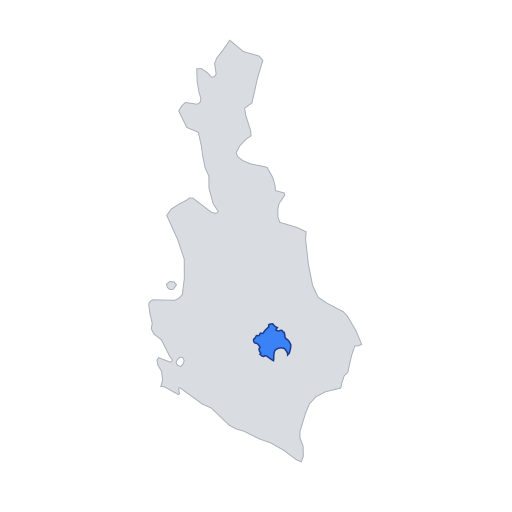 Aparan, Aragatsotn, Armenia (highlighted), rotated 217°
{"feature_id": "60910142B24398064358577", "entity_name": "Aparan", "entity_type": "district", "adm_level": 2, "iso_a3": "ARM", "parent_name": "Armenia", "parent_adm1": "Aragatsotn", "projection": "equal_earth", "projection_center": [44.404, 40.525], "detail": "fine", "context": "in_parent", "style": "filled", "palette": "blue", "viewbox_px": 512, "rotation_deg": 217, "n_neighbors": 0, "source": "geoboundaries", "source_scale": "gbopen_adm2", "svg_char_len": 2966}
<svg xmlns="http://www.w3.org/2000/svg" viewBox="0 0 512 512"><g transform="rotate(217 256 256)"><path d="M230.4,305.5L226.9,299.7L209.2,280.9L192.9,266.4L181.7,260.5L170.4,261.1L152.8,264.0L146.4,262.8L131.2,256.5L118.4,249.0L120.2,245.9L122.9,243.6L119.7,233.9L112.7,218.3L113.5,213.4L111.2,206.7L108.8,201.6L118.8,189.4L123.4,179.6L124.4,170.1L121.8,160.2L115.3,142.3L111.3,137.1L103.8,132.3L97.6,124.4L96.0,118.8L101.3,117.6L116.8,117.5L131.7,115.6L143.4,111.9L160.4,108.8L167.4,106.0L175.5,104.7L200.3,107.7L209.6,105.4L237.4,105.0L238.2,103.8L234.4,100.1L234.4,98.6L251.0,96.3L253.5,94.5L255.7,100.4L262.0,107.1L268.8,109.8L272.5,113.4L272.7,116.2L260.6,119.6L259.8,121.3L260.6,122.9L264.2,123.8L281.1,132.1L290.8,132.3L295.8,134.8L298.4,139.8L306.5,146.6L312.9,153.2L313.3,155.5L312.2,158.8L294.2,171.7L292.0,176.2L291.7,180.9L299.7,194.9L311.4,210.3L328.4,222.0L351.7,234.7L352.0,242.5L348.4,251.9L345.3,258.2L343.9,262.5L341.1,264.3L317.9,264.0L314.4,265.5L312.9,267.3L312.8,268.9L321.2,271.7L334.2,281.7L341.8,291.5L349.6,295.7L358.4,303.5L365.5,310.7L376.5,320.1L388.6,317.0L405.0,325.3L405.7,331.0L404.8,336.1L394.6,341.6L393.3,343.9L393.3,345.8L394.7,348.5L400.8,353.1L407.9,359.8L416.0,369.8L412.5,372.8L405.0,373.2L399.2,372.0L397.2,374.0L397.3,377.3L405.0,385.0L406.5,390.6L406.3,400.2L406.8,412.5L389.1,411.7L374.0,417.5L368.3,416.4L364.5,406.0L361.2,397.5L351.4,375.9L354.0,367.1L348.6,362.0L335.6,352.8L332.3,349.0L334.1,343.8L335.3,334.3L334.0,326.6L330.5,324.3L324.1,324.2L316.3,326.1L300.6,333.5L289.7,328.7L283.4,323.9L279.8,319.9L271.6,323.3L269.6,321.7L269.2,311.8L266.7,306.4L261.8,300.2L257.2,297.2L240.5,303.4L230.4,305.5ZM255.9,129.3L256.4,125.8L255.6,122.6L252.9,121.6L249.6,122.4L249.3,126.0L250.4,129.3L253.7,130.8L255.9,129.3ZM309.6,183.8L305.7,186.0L302.1,185.0L302.1,179.5L304.7,177.4L307.7,177.5L310.5,179.4L309.6,183.8Z" fill="#d9dde1" stroke="#a8b0b8" stroke-width="1"/><path d="M193.8,179.9L192.4,179.8L191.0,179.7L189.4,180.3L188.8,181.8L187.4,182.5L185.1,182.5L182.1,182.6L179.8,182.8L179.0,182.9L179.7,184.2L180.5,185.3L181.5,186.6L183.4,189.7L184.1,192.1L183.4,194.2L182.6,195.8L180.9,197.6L178.4,199.0L177.2,199.1L174.4,198.3L172.3,197.3L171.2,196.0L171.1,197.0L170.9,198.4L173.0,203.4L174.8,206.1L178.2,207.7L180.7,208.2L182.2,207.9L184.4,208.9L185.4,210.3L187.7,212.0L189.1,211.6L190.5,212.3L191.8,211.3L193.2,209.2L195.8,208.9L195.8,211.0L195.8,211.7L197.6,211.3L199.5,211.3L201.9,211.9L203.5,210.4L204.4,209.2L204.4,208.5L204.0,208.0L203.2,207.4L203.5,205.5L204.0,202.2L204.1,200.4L203.8,199.6L203.8,198.7L204.2,198.2L205.1,197.5L206.0,197.2L206.1,196.8L205.6,194.2L206.1,193.8L207.0,193.3L207.8,192.7L207.5,191.1L207.4,189.9L207.6,189.2L207.8,188.0L206.9,186.9L205.3,185.8L204.8,185.9L204.2,186.0L203.3,186.5L202.2,186.7L201.1,186.7L197.7,185.5L197.8,184.4L197.7,183.7L197.2,183.0L195.8,182.0L194.3,181.5L193.8,181.3L193.8,181.1L193.7,180.4L193.8,179.9Z" fill="#3b82f6" stroke="#1e3a8a" stroke-width="1.5"/></g></svg>